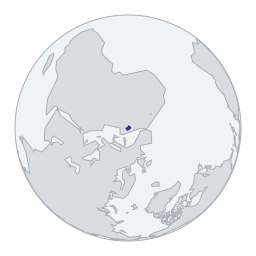 Biskra on an orthographic globe, rotated 172°
{"feature_id": "DZA-2211", "entity_name": "Biskra", "entity_type": "Province", "adm_level": 1, "iso_a3": "DZA", "parent_name": "Algeria", "parent_adm1": "", "projection": "orthographic", "projection_center": [5.569, 34.431], "detail": "fine", "context": "on_globe", "style": "filled", "palette": "blue", "viewbox_px": 256, "rotation_deg": 172, "n_neighbors": 0, "source": "natural_earth", "source_scale": "10m", "svg_char_len": 10079}
<svg xmlns="http://www.w3.org/2000/svg" viewBox="0 0 256 256"><g transform="rotate(172 128 128)"><circle cx="128" cy="128" r="113" fill="#eef3f6" stroke="#a8b0b8"/><path d="M65.2,34.5L70.7,31.3L67.7,33.2L70.1,31.9L74.0,29.7L76.0,28.5L89.5,23.5L102.8,19.3L105.7,18.1L106.2,18.5L110.6,16.7L114.8,16.1L115.7,16.0L110.6,16.9L110.6,17.1L115.4,16.3L116.4,16.4L119.2,16.2L120.0,16.4L116.2,17.3L116.7,17.6L120.0,17.1L122.9,17.3L117.9,17.9L122.5,18.4L117.0,20.6L103.1,23.2L100.8,25.7L88.6,32.1L90.5,32.1L87.0,35.0L88.0,36.2L85.4,37.3L88.3,37.4L90.5,36.1L92.5,35.8L93.2,36.5L90.1,37.9L89.3,37.8L88.8,38.6L86.9,39.1L88.2,39.2L84.4,41.1L89.3,40.3L87.1,42.8L84.3,43.7L83.2,42.2L74.0,41.5L70.8,42.6L67.4,45.3L63.7,53.1L60.7,55.1L57.7,58.7L59.9,58.2L63.1,55.2L66.5,55.3L70.0,51.9L71.9,51.6L76.0,49.0L76.8,51.0L75.3,54.6L71.9,57.0L71.2,58.7L75.6,58.0L70.4,64.3L68.9,71.8L67.4,73.4L62.4,73.4L59.5,69.2L53.0,70.3L58.6,71.4L54.8,75.9L54.7,77.6L55.8,78.6L57.8,77.6L56.8,79.7L50.8,79.1L51.7,77.2L53.5,77.3L52.1,75.5L48.1,75.6L46.5,78.2L42.1,76.5L40.9,78.4L39.3,79.3L41.5,76.3L37.4,81.8L32.0,82.5L26.3,92.5L30.4,82.3L30.9,79.1L31.0,76.4L30.0,77.9L31.5,72.9L30.5,72.6L26.7,78.8L23.5,86.0L22.2,90.6L23.4,88.6L23.3,91.2L20.0,97.8L19.4,104.6L17.5,110.8L16.8,115.9L17.3,117.8L17.6,122.4L19.0,120.5L20.7,121.6L19.5,127.2L21.4,124.0L21.7,128.5L25.8,134.7L25.2,135.5L28.4,147.4L33.9,155.9L35.2,161.2L34.3,163.0L36.7,165.6L36.7,167.3L47.7,177.2L54.7,184.8L55.5,190.2L51.4,193.4L52.2,203.4L46.2,201.7L47.6,205.1L48.0,207.3L45.4,204.6L39.4,197.6L34.1,190.2L29.4,182.4L25.3,174.2L23.2,169.4L22.5,167.3L19.6,158.5L17.4,149.5L16.0,140.4L15.9,137.5L15.6,133.6L16.5,129.8L17.2,121.4L17.1,118.9L16.5,120.2L17.1,110.6L18.5,103.3L21.9,90.2L24.8,82.8L28.3,75.6L32.2,68.7L36.7,62.1L41.6,55.8L46.9,49.9L52.6,44.3L58.7,39.2L65.2,34.5ZM24.6,95.4L24.0,106.4L22.8,103.4L23.3,103.2L23.8,99.7L24.1,94.9L23.5,92.8L24.6,95.4ZM27.9,93.0L27.9,91.5L28.2,92.6L27.9,93.0ZM76.7,28.1L74.0,29.7L70.1,31.8L72.2,30.4L76.7,28.1ZM84.2,24.7L83.2,25.3L80.7,26.2L82.0,25.5L84.2,24.7ZM107.5,17.4L105.1,18.0L107.1,17.5L107.5,17.4ZM119.5,16.1L119.9,16.0L121.2,16.0L119.5,16.1ZM75.3,48.1L75.6,48.5L74.7,48.8L75.3,48.1ZM76.7,46.6L75.4,46.6L75.9,45.9L76.7,45.9L76.7,46.6ZM123.6,16.4L125.7,16.5L122.9,16.5L123.6,16.4ZM78.3,46.8L77.0,44.6L77.9,43.4L81.7,42.6L78.3,46.8ZM126.4,16.7L131.4,17.3L132.6,17.0L131.9,18.5L127.9,17.3L124.4,17.3L126.4,17.0L126.4,16.7ZM90.8,35.5L88.6,36.8L89.8,35.1L90.8,35.5ZM91.1,34.5L91.9,30.3L95.6,28.9L94.6,30.5L98.8,28.3L100.2,29.7L98.2,31.1L95.5,31.7L98.1,31.8L91.1,34.5ZM130.7,19.4L131.4,19.8L130.0,19.6L130.7,19.4ZM93.4,35.5L93.2,34.7L96.4,33.4L97.3,34.8L96.0,34.8L93.4,35.5ZM99.2,27.2L101.7,26.6L103.6,27.5L104.8,27.4L100.6,29.6L99.2,27.2ZM95.6,35.4L97.7,35.6L96.9,36.9L93.7,36.3L95.6,35.4ZM96.8,32.5L98.4,32.0L97.8,32.7L96.8,32.5ZM95.1,41.9L94.8,40.8L96.4,40.0L95.1,41.9ZM98.5,35.6L98.8,35.1L99.4,34.7L100.5,35.1L98.5,35.6ZM102.1,30.1L102.4,30.7L104.0,29.3L105.4,30.0L102.3,31.4L104.3,31.1L104.7,31.4L101.7,32.3L102.1,30.1ZM103.5,34.4L100.1,36.7L100.3,38.9L98.8,39.6L98.8,36.0L103.5,34.4ZM102.7,33.0L102.9,34.0L101.0,34.4L99.7,33.9L102.7,33.0ZM107.5,30.1L106.1,28.5L106.8,28.3L107.5,30.1ZM104.0,34.9L104.8,34.4L104.2,35.0L104.0,34.9ZM106.8,31.4L106.2,30.9L107.1,30.6L106.8,31.4ZM106.9,33.8L105.8,34.5L104.9,34.2L106.9,33.8ZM107.2,32.7L108.5,32.5L105.2,33.6L106.8,32.5L107.2,32.7ZM107.7,31.3L108.0,31.0L107.9,31.6L107.7,31.3ZM111.0,34.8L107.2,36.4L105.1,35.6L109.2,34.1L111.0,34.8ZM161.6,20.5L158.5,20.0L146.7,18.2L151.8,18.8L151.6,19.1L154.0,19.7L157.5,20.3L157.3,20.1L167.8,24.5L178.1,28.7L175.1,26.6L176.1,26.6L185.2,31.0L201.5,42.7L202.2,43.2L205.0,45.8L205.4,46.3L203.4,44.5L207.1,48.3L204.4,46.0L208.7,50.4L210.1,51.5L207.8,48.7L212.7,53.9L213.7,54.9L219.4,62.1L224.4,69.8L228.9,77.9L229.2,78.5L229.8,79.8L230.1,80.4L232.3,85.9L233.5,88.5L237.5,101.6L237.2,101.6L239.0,109.1L239.2,109.8L239.6,112.6L239.5,112.3L238.2,106.1L235.7,99.3L236.2,103.8L235.0,100.3L231.6,96.3L231.6,102.8L232.5,118.7L234.7,128.3L234.1,134.6L228.4,125.4L224.6,117.3L223.3,120.1L216.8,116.2L207.8,123.1L205.8,121.3L204.3,123.9L199.6,123.7L196.3,120.6L193.8,122.3L202.3,130.4L204.9,128.6L206.2,122.8L208.1,126.2L212.6,127.2L210.1,139.8L195.5,156.7L193.0,149.8L176.3,133.4L176.2,130.8L176.1,130.6L175.8,130.1L175.4,134.5L172.1,131.0L182.3,143.7L184.4,149.6L195.4,157.2L194.6,158.8L197.8,159.8L206.6,152.3L206.9,154.7L203.4,168.2L190.2,188.4L191.3,196.7L189.3,204.2L179.7,211.8L179.2,216.4L174.1,219.4L172.9,222.1L168.0,225.7L160.3,229.5L148.7,231.5L149.0,229.7L144.8,226.2L139.4,215.3L143.5,209.0L142.9,204.2L134.3,193.4L136.3,186.4L133.7,183.7L128.6,184.6L125.6,181.1L122.4,181.1L101.7,182.7L94.8,177.3L85.1,161.0L88.4,155.4L87.9,148.0L109.8,124.3L115.6,126.1L134.2,122.1L136.7,122.9L135.8,129.1L150.7,134.7L154.0,129.1L166.3,130.5L173.6,128.3L174.0,116.5L162.0,119.9L158.6,115.0L167.2,107.6L177.5,105.0L176.6,103.0L169.0,100.4L170.2,95.8L166.2,99.2L168.7,100.8L166.2,103.1L163.8,101.9L164.4,100.2L160.9,100.1L159.2,108.6L161.5,111.1L153.2,114.4L156.3,119.1L154.4,121.9L148.6,115.2L148.3,112.3L138.4,105.5L137.9,108.8L147.2,115.5L144.8,115.3L144.2,120.2L142.7,116.3L132.7,108.5L124.5,111.0L115.9,123.1L110.7,124.1L105.5,121.6L106.7,109.6L118.2,108.9L118.8,105.1L114.9,99.6L118.7,100.0L118.5,97.8L122.7,97.4L127.0,92.0L131.0,91.1L131.2,84.5L133.3,83.3L132.5,87.5L134.2,90.1L144.0,88.4L145.4,86.7L144.7,82.7L147.5,82.9L145.6,79.3L150.5,76.7L143.0,76.9L142.0,72.7L144.1,68.9L142.4,67.7L139.0,73.9L138.8,76.4L140.8,78.4L139.2,85.8L136.2,87.5L132.8,80.2L128.1,81.9L127.5,75.9L137.1,62.2L142.0,59.0L153.1,62.1L152.8,64.9L148.7,65.1L153.9,68.5L152.8,66.5L155.1,66.8L154.8,63.2L156.4,63.3L153.3,59.9L155.2,59.6L157.1,61.8L158.3,56.7L161.9,55.4L161.4,54.3L159.8,53.4L165.4,52.6L164.8,51.8L162.7,51.7L160.1,50.1L157.6,47.2L159.7,47.1L160.9,48.1L166.5,50.4L169.2,53.4L169.8,53.1L167.9,50.5L161.1,47.7L159.1,45.9L162.4,46.8L161.0,46.4L160.6,45.5L162.2,44.6L158.6,43.5L151.7,35.2L154.1,33.0L157.8,34.5L155.2,29.5L158.1,28.0L156.2,27.9L153.6,25.8L152.7,26.2L151.5,26.0L144.5,21.6L144.5,20.7L139.3,19.2L138.3,19.2L138.0,19.7L131.9,18.5L132.6,17.0L134.9,17.0L133.8,16.3L139.0,16.6L142.9,16.8L149.2,18.0L151.7,18.3L151.0,18.0L153.8,18.4L159.1,19.7L161.6,20.5ZM103.7,137.3L103.5,139.5L103.7,137.3ZM189.6,107.9L195.0,105.5L190.6,99.8L192.4,98.6L190.2,97.2L190.3,99.4L184.8,95.5L186.4,92.3L184.8,89.7L182.9,90.3L180.7,96.9L188.6,102.4L188.2,105.9L189.6,107.9ZM26.0,134.9L26.3,136.7L25.5,135.7L26.0,134.9ZM21.8,105.1L22.0,106.6L21.9,108.1L21.5,107.4L21.8,105.1ZM26.0,116.5L26.7,118.5L25.7,117.3L26.0,116.5ZM24.1,108.0L25.4,115.1L23.4,113.6L22.7,109.2L23.7,110.9L24.1,108.0ZM26.1,95.4L26.1,96.7L25.6,97.4L26.1,95.4ZM28.1,93.8L28.0,93.5L28.3,92.3L28.1,93.8ZM55.1,76.0L55.6,76.1L56.2,77.4L55.2,77.5L55.1,76.0ZM63.8,79.9L62.0,83.2L62.5,80.8L60.7,81.3L59.6,77.1L66.6,74.1L63.6,76.1L63.8,79.9ZM60.0,71.1L59.9,73.8L59.7,70.9L60.0,71.1ZM113.4,87.2L115.3,88.5L114.4,91.1L109.3,92.9L110.5,89.2L113.4,87.2ZM118.2,89.9L116.2,82.6L119.3,81.4L117.9,83.3L120.1,83.2L118.5,86.2L123.4,92.5L122.9,95.2L113.8,96.7L117.0,94.6L115.0,93.3L118.2,89.9ZM105.6,68.7L104.8,66.2L112.6,66.7L112.4,69.0L107.4,70.8L104.5,69.1L105.6,68.7ZM85.4,46.1L84.5,45.6L85.4,45.2L86.8,45.2L85.4,46.1ZM94.8,41.4L89.8,47.9L88.6,47.7L87.1,52.2L83.4,53.2L84.5,50.2L80.5,54.6L80.0,52.3L77.7,55.4L80.5,48.6L79.9,46.9L82.0,48.3L85.4,47.3L86.7,46.4L90.0,42.7L90.3,38.9L93.8,37.6L96.2,37.6L96.6,38.3L94.2,38.9L96.5,39.5L93.4,40.9L94.8,41.4ZM121.7,43.1L118.7,42.8L122.8,45.3L119.7,46.3L120.4,46.5L118.6,48.1L117.7,50.6L116.1,50.7L116.4,51.6L115.2,52.8L115.1,54.2L112.2,55.0L111.9,56.8L110.7,56.2L110.9,59.1L109.5,57.3L107.8,58.9L110.1,59.8L94.7,62.1L89.4,64.9L85.7,68.3L83.7,65.2L85.9,60.1L90.4,54.9L95.8,52.8L93.9,51.9L96.0,50.7L96.6,51.9L96.9,49.4L98.7,48.8L102.6,45.0L101.9,42.0L103.3,40.7L104.5,41.6L105.1,39.7L108.4,40.4L109.5,39.6L113.8,39.6L115.5,42.0L116.6,40.9L119.9,41.0L121.7,43.1ZM112.2,34.9L115.0,37.2L114.7,39.0L107.3,38.2L105.9,38.9L101.2,38.8L101.8,36.4L103.0,36.6L104.4,36.3L103.7,37.2L105.3,36.2L107.2,36.6L108.9,36.0L109.4,36.9L112.2,34.9ZM138.8,120.4L140.6,120.4L143.3,119.8L143.0,123.0L138.8,120.4ZM131.8,115.2L133.4,114.6L134.2,118.6L132.4,118.6L131.8,115.2ZM133.5,111.1L133.4,114.3L132.3,112.6L133.5,111.1ZM133.9,86.8L135.4,86.1L135.9,87.0L135.4,88.6L133.9,86.8ZM133.1,51.8L131.5,51.1L131.8,50.6L129.7,48.0L131.9,47.3L133.9,48.5L133.1,51.8ZM172.4,119.1L170.7,121.8L169.4,121.1L170.2,120.3L172.4,119.1ZM156.5,122.9L160.5,123.5L156.3,123.8L156.5,122.9ZM135.1,50.6L134.0,49.5L135.8,49.8L135.1,50.6ZM133.3,46.6L135.2,46.7L131.9,46.9L133.3,46.6ZM204.7,195.9L195.7,210.4L191.5,212.4L191.8,209.6L195.9,201.6L201.1,197.1L204.0,192.5L204.7,195.9ZM240.5,121.7L240.1,119.4L240.1,117.4L240.2,117.6L240.5,121.7ZM235.0,128.8L236.6,132.7L236.1,135.0L235.0,128.8ZM231.9,84.6L232.0,84.8L231.5,83.6L230.7,81.8L231.9,84.6ZM151.8,44.7L152.3,48.9L154.1,51.9L157.3,53.3L153.0,53.3L150.2,48.8L151.8,44.7ZM151.5,36.3L148.7,35.4L149.7,34.8L150.5,34.9L151.5,36.3ZM149.9,36.4L146.8,37.2L145.1,36.1L147.9,35.7L149.9,36.4ZM141.1,43.5L141.1,44.7L139.7,44.4L141.1,43.5ZM181.1,28.6L174.7,26.1L172.7,25.3L176.4,26.3L177.5,26.9L179.6,27.9L179.9,28.0L181.1,28.6ZM132.3,19.6L131.5,19.8L131.6,19.4L132.3,19.6ZM151.1,26.3L149.6,25.9L149.8,25.4L151.1,26.3ZM145.5,24.8L146.3,25.6L144.6,24.8L145.5,24.8ZM148.3,27.5L146.2,25.9L149.5,27.4L148.3,27.5Z" fill="#d9dde1" stroke="#a8b0b8" stroke-width="1"/><path d="M126.8,127.2L127.0,127.2L127.1,126.7L127.3,126.8L127.5,126.8L127.9,126.8L128.0,126.7L128.2,126.4L128.3,126.4L128.5,126.4L128.7,126.5L128.6,126.8L128.8,126.8L129.0,126.9L129.3,126.8L129.3,126.7L129.4,126.8L129.4,127.0L129.5,127.2L129.5,127.3L129.8,127.3L129.9,127.5L129.9,127.8L129.8,128.0L129.7,128.2L129.4,128.2L129.0,128.0L128.7,128.1L127.9,128.0L127.7,127.9L127.6,128.0L127.4,128.0L127.5,128.3L127.6,128.5L127.6,129.1L127.5,129.3L127.4,129.4L127.3,129.7L126.1,129.0L126.0,128.9L126.0,128.6L125.9,128.6L125.8,128.4L126.0,128.4L125.9,128.3L125.9,128.2L125.8,127.9L125.8,127.7L126.0,127.5L126.1,127.4L126.3,127.3L126.5,127.3L126.6,127.2L126.8,127.2L126.8,127.2Z" fill="#3b82f6" stroke="#1e3a8a" stroke-width="1.5"/></g></svg>